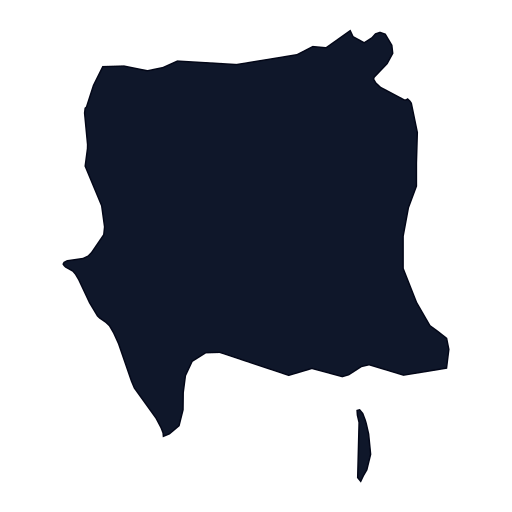 SVG path tracing the border of Artemisa
{"feature_id": "CUB-1429", "entity_name": "Artemisa", "entity_type": "Province", "adm_level": 1, "iso_a3": "CUB", "parent_name": "Cuba", "parent_adm1": "", "projection": "equal_earth", "projection_center": [-82.681, 22.816], "detail": "fine", "context": "isolated", "style": "filled", "palette": "ink", "viewbox_px": 512, "rotation_deg": 0, "n_neighbors": 0, "source": "natural_earth", "source_scale": "10m", "svg_char_len": 1333}
<svg xmlns="http://www.w3.org/2000/svg" viewBox="0 0 512 512"><path d="M85.2,108.2L86.5,107.1L93.5,85.4L102.8,66.7L124.0,66.1L147.3,70.8L163.0,67.6L177.4,61.1L236.6,64.6L297.1,54.7L312.8,46.6L326.1,47.8L350.2,30.7L353.0,36.7L364.2,42.8L372.0,37.8L375.5,33.9L380.0,32.4L385.2,34.2L391.8,45.3L392.7,53.3L387.1,63.6L374.1,77.2L373.5,79.1L375.7,82.9L380.5,87.4L404.5,100.1L406.2,99.9L407.6,99.0L409.9,101.2L411.3,103.3L417.3,132.5L416.4,162.9L416.4,186.1L408.4,207.6L403.1,236.2L403.1,268.5L416.5,302.5L429.9,325.7L438.1,331.7L446.6,338.4L448.8,349.4L446.5,368.1L403.5,375.1L369.1,364.7L361.4,366.5L348.7,374.7L342.3,376.6L311.9,368.4L288.7,375.3L219.7,352.3L205.7,352.7L192.1,361.3L185.4,375.6L183.2,392.6L183.0,409.8L179.0,425.7L169.4,433.8L163.4,436.3L163.1,432.9L161.1,427.7L156.1,418.2L134.4,388.0L131.5,381.1L118.6,343.7L113.7,332.9L109.5,325.7L105.8,322.2L99.8,318.1L97.5,315.9L89.6,302.7L78.8,279.7L75.5,274.1L72.9,271.1L65.6,267.0L64.2,265.6L63.2,264.1L64.1,262.4L67.2,260.8L83.1,258.5L88.2,256.1L91.6,252.6L103.8,234.7L104.6,226.9L101.7,205.7L85.2,166.1L87.5,148.7L87.6,144.6L84.6,113.0L85.2,108.2ZM366.2,423.5L368.6,434.0L370.6,454.3L366.8,469.8L363.4,475.6L360.7,481.3L357.7,477.6L359.1,422.5L357.4,415.1L357.1,410.5L359.6,409.8L362.7,413.5L365.2,420.1L366.2,423.5Z" fill="#0f172a" stroke="#020617" stroke-width="1.5"/></svg>